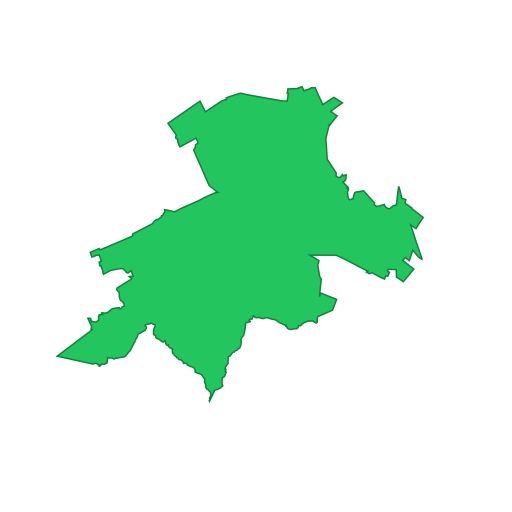 Epazoyucan, Hidalgo, Mexico, rotated 206°
{"feature_id": "50627088B39262816099819", "entity_name": "Epazoyucan", "entity_type": "district", "adm_level": 2, "iso_a3": "MEX", "parent_name": "Mexico", "parent_adm1": "Hidalgo", "projection": "albers", "projection_center": [-98.645, 20.038], "detail": "fine", "context": "isolated", "style": "filled", "palette": "green", "viewbox_px": 512, "rotation_deg": 206, "n_neighbors": 0, "source": "geoboundaries", "source_scale": "gbopen_adm2", "svg_char_len": 6140}
<svg xmlns="http://www.w3.org/2000/svg" viewBox="0 0 512 512"><g transform="rotate(206 256 256)"><path d="M374.2,370.7L393.3,336.7L380.7,329.7L380.1,327.1L379.1,326.5L377.9,326.8L375.8,323.7L372.4,320.7L372.2,320.7L361.5,335.7L357.8,332.5L359.0,329.3L359.0,329.0L358.8,329.0L358.1,326.6L358.6,324.0L328.9,298.7L322.6,297.4L319.0,296.5L318.3,296.5L320.6,294.8L327.3,286.7L332.1,280.2L343.1,267.3L348.7,260.0L356.4,258.2L358.4,257.6L357.3,255.6L357.4,254.4L357.7,253.8L357.7,251.6L358.6,250.6L358.6,250.2L358.3,248.9L359.2,247.9L359.9,246.3L359.9,245.9L361.4,245.2L362.8,242.5L363.3,239.8L363.9,238.7L373.9,225.2L376.6,221.8L375.6,219.9L398.7,193.2L400.2,194.0L406.6,186.7L403.2,183.2L402.8,183.3L401.5,184.6L399.9,186.6L397.3,188.2L392.7,183.3L394.3,181.7L393.3,180.6L393.2,180.2L392.0,178.7L391.2,179.3L388.6,176.8L385.1,172.7L380.3,179.3L375.2,183.3L373.1,184.7L371.6,185.6L369.8,186.2L367.4,185.5L365.3,184.4L363.7,184.5L361.8,188.1L357.5,183.8L359.9,182.7L360.9,181.9L358.1,181.3L357.9,180.4L361.0,175.7L366.9,166.2L366.4,164.7L363.6,163.4L363.1,163.4L360.8,159.2L359.3,157.5L357.9,156.5L356.4,156.7L353.4,155.0L352.5,153.3L353.8,151.9L353.9,150.5L354.7,149.1L355.2,148.8L356.2,149.6L358.9,148.0L361.6,145.9L362.6,144.8L364.4,140.5L366.0,138.8L369.8,137.3L369.9,137.0L368.3,136.1L369.4,135.7L369.9,135.0L371.2,134.6L370.7,132.1L370.8,132.0L369.3,129.3L371.1,126.2L374.9,125.4L375.0,124.9L376.8,126.6L377.1,127.2L378.0,127.3L379.8,126.3L372.5,120.2L372.5,118.5L372.2,118.0L370.9,117.9L390.8,78.8L355.1,87.4L353.9,88.8L352.9,89.4L352.2,89.3L351.3,89.6L350.3,89.0L349.8,89.3L349.4,89.3L348.8,88.2L348.1,88.3L348.0,89.5L347.2,90.4L347.3,91.2L347.0,91.6L345.1,92.0L343.0,94.5L344.7,99.5L344.2,99.5L340.6,101.3L338.4,101.1L337.4,102.7L337.0,102.7L336.3,103.3L335.7,103.3L334.9,104.4L334.1,104.8L330.3,107.5L329.3,109.0L328.6,111.9L328.3,113.9L327.6,115.6L327.4,120.5L327.7,121.7L327.2,122.5L327.4,123.1L327.6,123.3L327.7,124.0L327.3,125.1L327.5,129.1L327.2,131.4L327.7,133.5L327.3,134.9L325.9,136.3L324.9,138.3L324.1,138.9L322.9,141.0L323.0,143.6L323.3,144.1L323.6,144.3L325.1,144.7L325.3,145.4L325.0,146.1L324.6,146.3L323.9,147.0L321.8,148.3L321.3,148.8L321.3,149.5L320.8,149.8L318.3,149.6L317.2,149.9L316.3,149.8L316.0,149.1L315.8,145.8L315.4,144.1L314.4,141.8L313.5,140.5L311.3,140.4L310.3,138.9L308.7,138.3L306.9,138.7L305.8,138.6L303.6,137.8L301.9,137.9L301.5,138.0L301.0,139.4L300.7,139.9L300.2,139.7L298.9,137.9L297.4,136.9L296.4,136.9L295.8,137.6L295.1,136.5L293.5,135.8L290.6,135.8L290.2,135.7L290.3,135.2L289.5,134.2L289.5,133.9L288.2,132.0L287.1,132.0L286.3,131.5L285.5,130.8L283.4,130.6L283.1,130.1L282.6,129.9L281.3,130.1L280.9,130.0L280.4,129.3L279.8,129.1L278.8,129.6L277.6,129.7L274.9,128.9L274.6,128.2L274.0,127.7L273.6,127.9L273.2,128.4L271.1,128.9L270.0,128.0L269.2,127.9L267.9,128.1L266.4,127.9L264.5,128.5L263.0,128.2L262.3,128.0L260.5,126.8L260.2,125.5L259.6,124.9L253.8,125.5L252.4,125.2L248.4,123.0L247.7,122.0L247.2,120.4L244.4,117.7L244.0,116.5L243.3,115.7L241.5,114.8L241.0,114.7L240.4,114.9L238.9,114.1L237.2,113.5L235.4,110.7L235.5,107.8L235.0,107.6L234.6,106.9L234.7,105.5L234.1,105.0L234.2,116.3L234.5,116.7L233.6,117.9L232.0,119.4L230.2,121.7L228.9,124.5L229.2,125.2L230.6,126.2L231.0,126.9L231.0,127.5L231.6,128.5L232.2,129.1L232.7,132.2L231.5,133.8L231.8,138.4L232.1,138.7L233.2,139.0L233.2,140.7L233.3,141.0L234.1,140.8L234.3,141.1L234.6,142.1L234.6,144.8L234.0,146.7L234.1,147.4L234.4,148.1L235.0,148.7L235.2,149.7L236.7,153.0L236.3,154.0L235.8,154.3L235.4,154.9L234.8,158.4L234.4,159.5L233.2,160.3L233.2,161.5L231.7,163.1L231.2,164.8L230.3,166.2L230.5,169.1L231.8,172.7L232.9,174.4L233.1,176.0L232.4,179.0L233.0,182.9L233.6,183.6L233.5,184.6L235.5,190.0L235.8,191.9L235.1,192.2L232.4,194.4L232.6,194.7L232.9,194.5L233.7,194.7L234.1,195.1L233.5,197.0L232.2,197.2L232.0,197.6L231.9,198.4L232.1,201.1L231.7,201.1L230.8,200.7L229.5,200.4L228.3,200.8L226.4,202.0L223.0,202.5L221.5,203.3L220.2,204.8L218.2,205.7L215.2,205.9L214.6,206.2L213.5,206.2L212.5,206.7L209.9,207.2L208.3,206.7L205.2,206.4L200.9,206.5L199.5,206.6L198.9,206.9L198.4,205.8L197.0,205.8L196.0,204.8L194.8,204.7L192.4,205.2L189.9,207.2L187.7,208.3L186.7,210.1L187.2,210.6L187.1,212.3L185.6,212.7L185.1,213.5L184.5,215.5L183.7,216.9L181.0,220.0L178.4,221.5L176.2,222.5L174.2,222.1L172.4,222.2L171.9,223.4L172.2,224.1L172.7,224.5L174.1,228.4L163.4,240.9L164.5,252.3L181.6,251.1L181.2,247.3L187.2,263.8L189.9,265.6L196.6,275.0L197.2,279.1L197.4,279.4L207.9,280.4L184.4,291.8L179.7,292.0L172.2,292.0L157.5,291.5L149.2,291.4L149.4,290.8L148.9,291.2L149.0,289.8L147.6,290.0L146.6,289.6L144.3,291.9L135.7,291.4L130.4,291.5L130.5,295.3L128.7,295.5L128.9,299.8L131.2,300.2L131.6,301.7L131.5,301.9L124.0,305.3L120.4,298.4L119.9,298.6L112.3,297.5L108.4,313.4L122.0,316.3L121.2,320.0L116.1,319.0L117.7,330.0L110.3,326.6L107.3,325.9L105.4,325.8L105.5,326.2L117.3,338.0L130.7,351.8L124.2,350.7L123.5,358.1L122.7,364.0L136.2,366.8L137.5,367.8L138.4,367.4L140.6,368.2L143.1,368.4L144.9,368.8L145.4,369.3L146.0,372.4L150.2,371.8L155.9,378.7L158.2,381.1L156.4,375.2L152.8,365.2L152.3,363.3L153.5,362.3L155.0,360.7L156.5,357.2L157.6,356.7L159.1,356.5L160.2,356.7L161.8,357.2L163.2,358.5L165.3,356.8L167.5,354.7L168.9,353.7L170.3,353.5L172.2,354.1L172.6,354.8L172.6,355.6L188.0,361.8L189.6,360.4L194.3,357.2L195.0,356.2L194.6,352.9L193.8,350.1L194.3,350.0L196.0,347.9L196.5,347.6L197.1,347.7L198.4,348.6L200.1,350.7L201.9,353.7L202.0,356.2L202.6,357.3L202.9,356.6L204.1,357.0L204.4,357.2L203.9,358.3L210.2,360.5L208.8,363.2L209.0,364.6L210.3,368.1L210.8,368.5L212.7,366.3L214.1,366.9L214.7,363.8L216.4,362.7L218.9,362.8L220.5,365.9L234.4,374.2L241.5,386.7L244.0,390.8L244.5,391.2L247.7,405.9L247.1,405.7L244.5,417.7L245.9,417.6L252.2,418.8L250.7,421.9L245.4,431.5L255.6,432.7L262.8,420.6L262.5,421.6L268.6,426.4L276.6,433.2L280.1,431.4L280.1,431.2L281.8,429.0L285.5,425.6L288.8,428.4L291.5,425.8L291.3,425.3L291.4,425.1L300.6,420.1L299.2,415.9L298.3,416.4L295.9,409.0L300.2,406.9L333.6,397.4L337.4,396.4L339.4,396.1L341.4,395.5L350.1,387.2L352.1,385.1L351.1,383.9L354.8,380.3L364.7,363.4L374.2,370.7Z" fill="#22c55e" stroke="#15803d" stroke-width="1.5"/></g></svg>